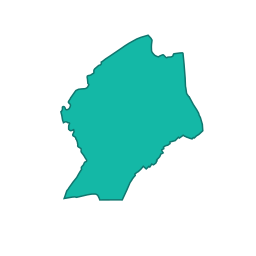 outline of Don Phut, Saraburi, Thailand, rotated 27°
{"feature_id": "78962969B98799129016302", "entity_name": "Don Phut", "entity_type": "district", "adm_level": 2, "iso_a3": "THA", "parent_name": "Thailand", "parent_adm1": "Saraburi", "projection": "robinson", "projection_center": [100.605, 14.605], "detail": "fine", "context": "isolated", "style": "filled", "palette": "teal", "viewbox_px": 256, "rotation_deg": 27, "n_neighbors": 0, "source": "geoboundaries", "source_scale": "gbopen_adm2", "svg_char_len": 5367}
<svg xmlns="http://www.w3.org/2000/svg" viewBox="0 0 256 256"><g transform="rotate(27 128 128)"><path d="M165.3,71.1L164.4,70.4L161.5,66.3L160.3,64.8L157.2,59.3L156.2,57.5L148.8,45.4L143.1,36.5L142.8,36.4L142.5,36.3L141.7,36.7L140.0,37.7L135.2,41.0L135.1,41.4L135.0,41.8L135.2,42.7L135.3,43.2L135.2,43.6L135.1,43.9L135.0,44.1L134.3,44.9L134.0,45.2L133.7,45.4L131.3,46.8L131.2,46.9L130.9,47.5L130.7,47.7L130.4,47.8L130.2,47.9L129.7,47.9L129.1,47.7L126.5,46.8L126.2,46.8L125.9,46.9L125.7,47.0L125.4,47.3L123.4,49.7L123.3,49.9L123.0,50.7L121.4,51.1L118.9,51.1L117.6,50.7L115.7,49.9L114.9,49.4L114.2,48.9L113.8,48.3L112.0,45.1L111.1,43.1L110.8,42.3L109.7,39.2L109.4,38.7L109.0,38.5L108.3,38.0L107.4,37.5L103.8,36.2L98.4,41.3L95.4,44.7L92.4,49.1L90.2,52.4L87.9,56.3L86.1,59.7L84.5,62.6L79.5,71.7L76.7,76.6L75.0,80.2L74.2,81.5L74.6,81.9L74.7,82.0L74.8,82.2L74.9,82.5L75.0,83.1L75.0,83.4L75.0,83.7L74.9,84.1L74.8,84.3L74.7,84.5L74.1,84.9L73.9,85.1L73.6,85.5L73.4,85.8L71.7,89.9L71.5,90.3L71.5,90.6L71.4,91.1L71.4,92.0L71.7,92.7L72.1,93.5L72.3,93.8L72.5,94.3L72.5,94.5L72.4,94.8L72.4,95.0L72.2,95.3L71.8,95.7L71.7,95.9L71.5,96.4L71.2,96.8L70.9,97.4L70.7,97.8L70.3,98.2L69.9,98.5L69.1,99.1L68.6,99.6L68.3,100.0L68.2,100.3L68.3,100.6L68.4,101.0L68.6,101.4L68.8,101.7L69.2,102.2L69.8,103.0L72.0,106.5L72.5,106.7L72.8,106.8L73.1,106.9L73.3,107.0L73.4,107.3L73.5,107.7L73.5,108.0L73.4,110.0L73.1,110.9L72.6,111.7L71.8,112.5L71.3,112.8L68.5,114.5L66.3,116.0L64.6,118.2L64.4,119.1L63.2,127.4L63.3,127.8L63.3,128.1L63.2,129.1L63.0,130.8L63.0,131.4L63.1,131.8L63.1,132.0L64.4,132.8L64.7,132.8L65.0,132.9L65.5,133.0L65.8,133.2L66.1,133.4L66.3,133.7L66.5,134.0L66.6,134.4L66.7,134.8L66.8,135.7L66.8,136.1L66.8,137.2L66.7,137.5L66.5,137.9L66.1,138.7L65.7,139.1L65.3,139.5L65.0,139.6L64.8,139.7L64.4,139.7L63.9,139.6L62.7,138.6L62.3,138.3L61.7,138.1L61.4,138.0L61.0,138.1L60.9,138.1L60.5,138.3L60.3,138.6L60.2,138.8L60.1,139.1L60.1,139.3L60.2,139.5L60.4,139.8L60.7,140.4L61.1,141.4L61.2,141.9L61.2,142.4L61.2,142.7L61.1,143.1L61.1,143.5L60.8,143.9L60.9,144.1L62.0,145.4L62.8,146.3L63.4,147.0L64.0,147.8L64.8,148.9L65.0,149.2L66.1,150.6L66.5,151.1L67.5,151.9L68.1,152.6L68.5,152.1L68.6,151.8L69.1,151.2L69.6,150.8L70.0,150.6L70.4,150.5L70.9,150.4L71.2,150.5L71.6,150.6L72.0,150.6L72.3,150.5L72.9,150.2L73.1,150.1L73.5,150.2L73.8,150.3L73.9,150.7L74.0,150.9L74.0,152.3L74.1,152.7L74.4,153.5L74.9,154.5L75.6,155.9L75.8,156.1L76.6,156.3L76.9,156.3L77.1,156.5L77.4,156.5L77.7,156.5L78.0,156.5L78.1,156.4L78.8,156.0L79.1,155.7L79.5,155.3L80.1,154.2L80.3,154.1L80.5,154.3L80.9,154.9L81.5,155.7L81.6,155.8L81.6,156.1L81.7,158.6L81.7,158.8L81.8,159.1L82.0,159.4L82.3,159.7L82.4,159.8L82.6,159.9L83.0,159.9L84.3,160.0L84.6,160.0L85.4,160.3L85.9,160.6L86.1,160.7L86.3,161.2L86.4,161.3L86.5,161.4L86.8,161.6L87.2,161.7L87.5,161.9L88.4,162.7L89.1,163.4L89.5,163.8L90.0,164.6L90.5,165.1L90.8,165.5L91.3,166.8L91.6,167.1L92.0,167.3L92.4,167.4L94.9,167.6L95.3,167.7L95.6,167.8L95.7,168.0L95.9,168.2L96.1,168.6L96.5,169.4L96.7,169.9L96.9,170.2L97.0,170.4L97.2,170.6L97.9,171.0L100.0,172.0L101.5,172.8L102.6,173.5L103.5,174.1L104.4,174.6L105.6,175.3L105.9,175.7L106.0,175.9L106.1,176.3L106.1,176.5L105.9,177.0L105.1,177.9L105.0,178.1L104.9,178.3L104.9,178.8L104.9,179.3L105.0,180.3L105.0,180.8L105.0,181.2L104.9,181.6L104.5,183.1L104.4,183.9L104.3,184.1L104.4,184.5L104.5,184.8L104.8,185.2L105.2,185.6L105.3,185.7L105.4,185.8L105.4,186.0L105.1,188.7L105.0,190.3L104.9,192.0L104.8,194.9L104.7,195.8L103.6,201.0L103.1,204.4L102.6,207.7L102.5,208.6L102.5,209.2L102.4,209.9L102.1,211.1L102.0,211.7L102.1,212.7L102.8,217.3L103.1,219.8L109.8,214.8L110.8,214.2L111.7,213.6L112.4,213.4L113.7,213.1L114.0,212.8L115.7,211.4L122.1,206.0L125.6,203.4L128.0,202.1L129.0,201.6L129.6,201.5L131.3,201.6L132.3,202.2L134.3,203.7L135.5,204.9L143.3,200.9L145.0,200.0L153.8,195.5L155.5,194.7L155.1,183.5L154.6,175.7L155.0,172.7L155.0,172.0L155.0,171.5L155.1,171.0L155.5,168.8L156.0,167.1L155.9,166.9L155.0,166.0L156.1,163.4L156.5,162.9L156.7,162.6L157.0,162.1L157.8,159.9L158.3,158.4L159.0,155.2L162.8,156.2L163.6,154.1L163.8,153.2L164.0,152.7L165.1,152.9L165.2,152.5L165.5,149.4L167.1,149.3L167.3,149.3L167.4,149.2L167.5,149.1L167.9,148.3L168.7,146.6L168.7,146.3L168.7,145.9L168.6,145.4L168.6,145.1L168.7,144.5L168.8,144.1L168.7,143.9L168.1,143.7L168.1,143.2L168.3,142.6L168.8,141.0L169.3,139.1L169.3,138.7L169.2,138.3L169.2,137.7L169.1,136.3L169.9,135.3L170.4,134.5L170.6,134.2L169.5,133.5L168.9,133.2L168.6,132.9L168.3,132.6L168.1,132.4L168.0,132.2L168.1,131.7L169.3,130.3L169.3,130.2L168.7,129.5L168.3,129.0L169.2,127.2L169.4,127.0L169.8,126.5L170.0,126.3L171.1,125.4L171.3,125.2L172.4,122.9L172.5,122.8L171.7,121.5L172.2,121.0L173.7,119.7L175.8,117.8L177.1,113.4L178.2,113.7L178.3,113.7L180.4,109.6L180.5,109.5L180.5,109.4L182.1,109.6L182.8,109.5L183.9,109.5L184.5,109.5L185.3,109.4L185.5,109.3L185.9,109.2L186.3,109.2L186.7,109.2L187.5,109.1L188.5,109.0L188.7,108.9L189.2,108.7L189.4,108.7L190.0,108.7L190.3,107.8L190.3,107.7L190.6,107.0L190.6,106.9L191.4,106.9L191.6,106.8L191.6,106.7L191.9,106.0L192.4,104.4L192.6,103.9L193.1,103.1L193.3,102.8L193.8,102.0L194.2,101.2L194.5,100.4L195.9,96.5L195.7,96.2L192.6,91.0L188.0,86.1L187.6,85.7L186.1,84.7L185.5,84.2L184.6,83.2L184.1,82.7L181.0,80.6L175.5,77.4L168.3,72.4L168.1,72.5L167.7,72.4L166.7,71.8L165.3,71.1Z" fill="#14b8a6" stroke="#0f766e" stroke-width="1.5"/></g></svg>